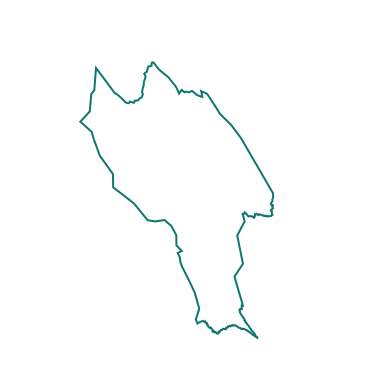 Guovdageaidnu sme 1, Finnmark, Norway, rotated 55°
{"feature_id": "86288312B74284621306348", "entity_name": "Guovdageaidnu sme 1", "entity_type": "district", "adm_level": 2, "iso_a3": "NOR", "parent_name": "Norway", "parent_adm1": "Finnmark", "projection": "robinson", "projection_center": [24.886, 69.134], "detail": "fine", "context": "isolated", "style": "outline", "palette": "teal", "viewbox_px": 384, "rotation_deg": 55, "n_neighbors": 0, "source": "geoboundaries", "source_scale": "gbopen_adm2", "svg_char_len": 5308}
<svg xmlns="http://www.w3.org/2000/svg" viewBox="0 0 384 384"><g transform="rotate(55 192 192)"><path d="M114.6,126.6L117.8,127.9L120.0,129.1L115.6,132.2L109.2,134.0L108.6,137.3L106.1,139.7L106.0,141.0L102.4,142.0L104.0,146.1L99.7,145.2L96.0,144.8L84.7,145.5L72.8,148.8L63.6,149.3L63.0,150.8L65.5,152.9L64.1,155.8L67.5,159.9L67.7,163.3L71.1,163.9L73.2,166.9L74.1,168.2L77.2,170.7L79.0,173.1L81.6,175.7L82.5,175.8L83.7,176.2L83.9,176.4L85.8,179.2L85.5,179.8L85.2,180.9L86.0,183.6L84.4,186.6L85.5,188.0L85.5,188.6L82.3,190.9L82.9,193.0L80.8,194.9L74.8,195.9L69.1,197.4L66.1,198.6L56.7,198.8L35.4,199.5L52.6,213.7L54.0,218.3L67.4,229.6L68.5,234.5L70.3,243.1L85.1,239.7L91.5,241.9L109.4,246.7L132.0,246.5L143.0,253.9L161.2,248.2L168.3,246.1L189.7,244.5L195.1,238.9L199.2,230.6L208.1,228.4L218.3,229.6L226.8,235.4L234.4,234.2L233.8,238.6L238.9,239.6L242.8,241.8L247.6,243.0L262.8,245.2L275.7,247.4L291.8,253.0L298.6,262.0L302.8,263.0L303.1,259.6L304.1,256.8L304.7,256.6L305.2,256.4L305.4,256.2L306.0,255.9L306.6,256.0L306.9,255.9L306.9,255.7L307.1,255.7L306.8,255.5L307.7,255.5L307.9,255.4L308.0,255.2L308.1,255.3L308.3,255.3L308.5,255.4L308.8,255.3L309.5,255.4L309.6,255.2L309.8,255.2L310.0,255.4L310.1,255.5L310.4,255.6L310.5,255.8L311.1,255.8L311.4,255.9L311.8,255.8L311.7,255.8L312.0,255.7L312.6,255.6L313.2,255.5L313.2,255.4L313.0,255.2L313.2,254.9L313.2,254.7L314.0,254.4L314.1,254.5L314.3,254.6L314.5,254.4L314.7,254.6L315.1,254.3L315.8,254.3L316.1,254.1L316.4,254.2L316.4,254.3L316.6,254.4L316.9,254.4L316.9,254.5L317.0,254.7L318.1,255.0L318.1,254.8L318.2,254.7L318.8,254.7L319.2,254.5L319.1,254.4L318.9,254.1L319.1,254.1L319.4,254.1L319.8,253.9L319.7,253.7L319.8,253.7L319.7,253.7L319.8,253.6L319.9,253.3L320.1,253.1L320.6,253.0L321.3,252.7L321.7,252.8L322.1,252.8L322.4,252.6L322.4,252.4L322.6,252.3L322.7,252.1L322.4,251.9L322.6,251.7L322.6,251.2L322.2,250.9L322.3,250.3L322.2,250.2L322.4,250.1L322.2,249.9L322.2,249.6L322.3,249.3L322.1,249.2L321.9,248.7L321.9,248.4L322.0,248.3L322.0,248.0L321.7,247.9L321.6,247.5L321.8,247.3L322.2,246.0L322.1,245.3L321.9,245.2L322.0,245.0L322.0,244.8L322.2,244.7L322.4,244.5L322.4,244.4L322.7,244.1L323.0,243.6L323.7,243.4L323.8,243.3L323.7,243.2L323.8,243.1L323.6,242.8L323.1,242.7L323.1,242.4L322.9,242.2L323.1,241.7L323.0,241.2L323.1,240.9L323.4,240.7L323.3,240.4L323.3,239.9L323.0,239.8L322.8,239.6L323.1,239.3L323.1,238.9L323.3,238.4L323.3,238.1L324.1,237.6L324.2,237.3L324.2,237.0L323.9,236.9L324.0,236.8L324.1,236.4L324.4,236.2L324.6,235.8L324.5,235.6L324.7,235.4L324.8,235.0L324.5,234.9L324.8,234.5L325.1,234.2L325.4,234.2L325.5,233.9L325.4,233.8L325.5,233.6L325.7,233.4L326.1,233.1L326.2,232.9L326.6,232.8L326.9,232.8L327.6,232.3L327.9,232.1L328.7,231.9L329.8,231.7L330.0,231.5L330.7,230.9L330.7,230.7L330.8,230.6L331.9,230.3L332.2,230.0L332.6,230.0L332.6,229.9L332.9,229.7L333.0,229.5L333.0,229.3L333.2,229.2L333.4,229.0L333.3,228.8L333.5,228.6L333.7,228.4L333.7,228.2L333.8,228.1L334.0,227.9L334.3,227.7L334.5,227.7L335.2,227.3L336.3,226.6L338.1,226.1L338.3,226.0L338.1,225.8L338.4,225.7L338.9,225.4L339.7,225.2L340.4,225.2L342.7,224.3L343.1,224.3L344.1,224.0L344.2,223.8L344.5,223.8L344.8,223.6L345.9,223.3L346.0,223.1L348.1,222.5L348.6,222.2L348.3,222.1L348.2,221.9L347.4,222.2L347.5,222.3L346.8,222.5L346.0,222.4L344.9,222.1L341.8,222.1L340.0,222.6L339.2,222.7L338.1,222.4L337.6,222.5L337.4,222.6L336.9,222.6L335.7,222.5L335.3,222.4L333.8,222.4L333.5,222.5L332.8,222.6L330.9,222.5L330.3,222.6L330.0,222.9L329.5,223.0L328.7,222.7L328.3,222.6L328.2,222.6L328.3,222.5L327.6,222.3L325.0,221.9L324.1,221.9L323.9,222.0L323.6,222.1L321.9,221.9L320.6,222.1L320.1,222.1L317.4,221.6L317.0,221.1L316.3,220.9L316.5,220.7L315.9,220.3L315.9,220.1L315.5,219.6L316.0,219.0L316.2,218.8L316.3,218.5L316.4,218.4L316.1,218.2L315.7,218.0L315.1,217.6L315.0,217.3L314.9,217.2L314.6,217.1L314.5,216.9L314.1,216.8L314.1,216.7L313.5,216.4L313.7,216.1L313.8,215.9L313.7,215.7L313.9,215.7L314.0,215.6L313.8,215.5L314.0,215.4L313.6,215.2L285.7,205.8L280.0,191.4L253.6,179.9L246.4,166.0L246.0,165.6L239.1,163.2L238.9,162.9L239.1,162.7L239.5,162.6L239.3,162.6L239.2,162.4L239.7,162.2L239.7,160.6L239.4,160.4L241.5,159.9L244.3,159.9L244.9,158.3L246.1,157.4L246.2,157.1L246.7,156.8L246.9,156.3L247.1,156.1L248.5,156.1L248.8,156.0L248.8,155.9L248.2,154.9L248.0,154.6L247.6,154.0L247.2,153.6L246.8,153.5L246.3,153.2L246.4,152.9L246.8,152.6L246.7,152.4L246.6,152.1L246.6,151.9L247.0,151.7L247.6,151.6L248.4,151.0L249.1,150.6L249.3,149.9L248.9,149.7L251.0,148.0L251.4,147.8L252.7,147.0L252.8,146.9L252.7,146.8L252.9,146.6L252.7,146.4L252.9,146.2L253.7,145.7L254.8,144.9L254.9,144.6L254.6,144.4L254.9,144.2L255.1,144.0L255.9,143.4L256.2,142.9L256.2,142.5L256.1,142.4L256.4,141.9L257.0,141.3L257.0,140.8L256.8,140.2L256.9,139.9L256.9,139.5L256.8,139.1L256.0,139.2L254.9,138.6L253.5,137.6L252.7,138.2L252.3,138.1L252.1,137.8L252.0,137.6L251.9,135.6L251.8,135.1L251.5,134.9L250.6,134.9L250.1,134.8L249.8,134.4L249.6,133.6L249.5,133.3L249.4,133.2L249.2,133.2L248.8,133.5L248.9,133.8L248.8,134.0L248.6,134.2L248.2,134.3L247.1,134.3L246.9,133.9L246.2,133.3L246.1,133.1L246.1,132.7L245.9,131.8L245.5,131.2L244.2,130.5L242.9,128.5L240.1,126.8L239.8,126.4L179.1,121.2L174.1,121.0L159.2,121.5L144.2,124.3L136.1,123.8L120.3,123.3L114.6,126.6Z" fill="none" stroke="#0f766e" stroke-width="2"/></g></svg>